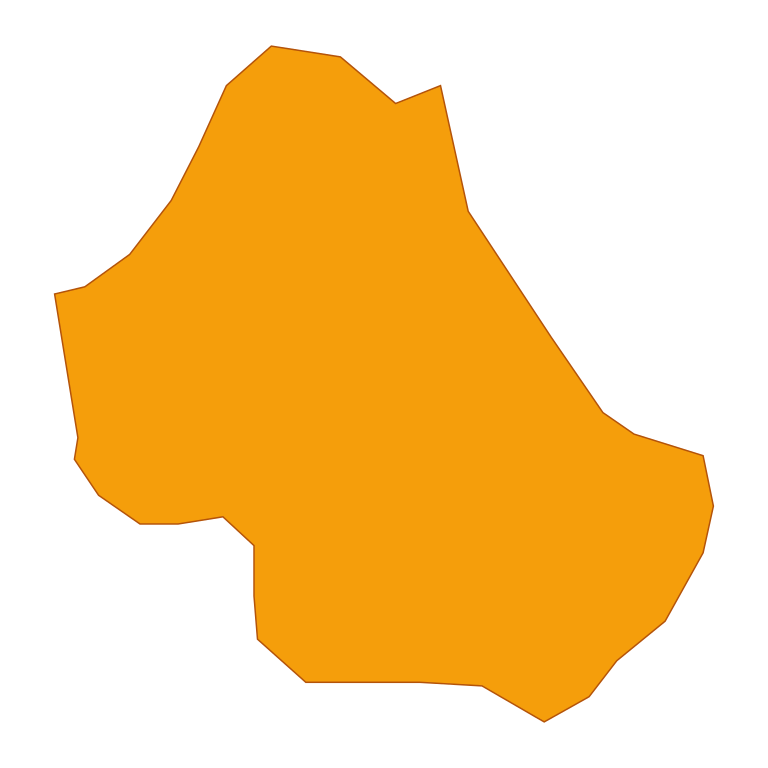 outline of Dongducheon-si, Gyeonggi, South Korea
{"feature_id": "91817680B11345954741605", "entity_name": "Dongducheon-si", "entity_type": "district", "adm_level": 2, "iso_a3": "KOR", "parent_name": "South Korea", "parent_adm1": "Gyeonggi", "projection": "equal_earth", "projection_center": [127.075, 37.911], "detail": "fine", "context": "isolated", "style": "filled", "palette": "amber", "viewbox_px": 768, "rotation_deg": 0, "n_neighbors": 0, "source": "geoboundaries", "source_scale": "gbopen_adm2", "svg_char_len": 554}
<svg xmlns="http://www.w3.org/2000/svg" viewBox="0 0 768 768"><path d="M54.6,294.0L77.9,437.7L74.4,459.3L98.6,495.3L140.0,524.0L178.0,524.0L222.9,516.8L254.0,545.6L254.0,596.0L257.5,639.2L305.8,682.3L368.0,682.3L419.8,682.3L482.0,685.9L536.0,717.2L544.2,721.9L589.1,696.7L616.8,660.7L665.1,621.2L703.1,552.8L713.4,506.1L703.1,455.7L634.0,434.1L602.9,412.6L551.1,337.1L468.2,211.3L440.5,85.6L395.6,103.5L340.4,56.9L271.3,46.1L226.4,85.6L198.8,146.6L171.2,200.5L129.7,254.4L84.8,286.8L54.6,294.0Z" fill="#f59e0b" stroke="#b45309" stroke-width="1.5"/></svg>